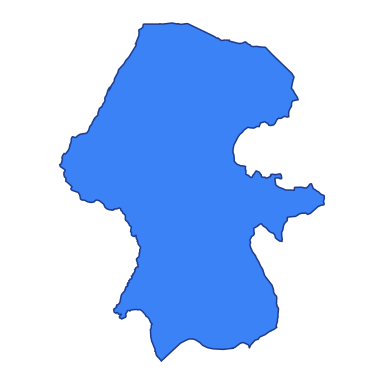 outline of Biharamulo, Geita, United Republic of Tanzania
{"feature_id": "72390352B49618457772181", "entity_name": "Biharamulo", "entity_type": "district", "adm_level": 2, "iso_a3": "TZA", "parent_name": "United Republic of Tanzania", "parent_adm1": "Geita", "projection": "mercator", "projection_center": [31.336, -2.772], "detail": "fine", "context": "isolated", "style": "filled", "palette": "blue", "viewbox_px": 384, "rotation_deg": 0, "n_neighbors": 0, "source": "geoboundaries", "source_scale": "gbopen_adm2", "svg_char_len": 5985}
<svg xmlns="http://www.w3.org/2000/svg" viewBox="0 0 384 384"><path d="M278.1,316.7L277.9,315.1L278.5,308.7L278.0,307.4L276.7,306.2L277.1,305.5L276.3,303.5L276.7,302.5L276.5,301.2L276.8,298.4L276.5,296.2L275.1,294.9L273.7,292.5L273.4,289.3L272.0,285.2L264.6,275.6L262.6,269.2L260.5,265.9L258.9,262.2L256.1,257.4L255.5,255.7L252.5,251.9L250.4,246.9L249.9,244.4L250.6,242.6L249.9,239.9L251.7,236.4L253.5,235.3L254.3,233.8L253.7,228.6L254.0,228.1L257.2,226.4L259.8,224.2L261.3,223.7L263.0,225.8L266.2,227.9L269.0,231.2L271.3,232.6L273.5,233.3L275.0,235.4L275.4,237.8L277.1,239.3L279.5,241.0L281.9,241.4L282.3,239.3L281.8,237.0L281.6,232.6L282.8,229.8L283.7,225.1L284.7,223.3L287.2,220.6L287.5,219.0L287.1,218.3L287.3,217.4L289.3,216.9L295.4,216.4L298.0,215.0L298.4,214.4L301.4,213.3L305.8,213.1L307.7,214.4L310.5,213.3L318.1,206.5L321.8,205.0L323.1,205.1L324.0,204.5L324.2,204.2L323.5,201.1L324.3,198.7L324.2,196.0L324.0,195.5L321.0,194.3L318.1,191.5L317.0,191.2L315.6,190.0L313.7,188.9L313.2,188.4L311.5,183.9L310.3,183.9L309.6,184.4L308.4,186.3L306.0,188.1L301.2,187.2L294.8,187.4L294.5,187.7L294.2,190.2L293.8,190.3L290.9,190.0L285.5,190.0L283.1,188.8L278.5,187.1L277.7,186.3L276.4,185.6L275.7,184.6L274.9,179.0L275.1,178.3L276.3,177.9L278.9,177.9L280.0,178.7L281.5,178.7L281.7,178.4L281.4,175.9L281.0,174.7L280.1,173.8L275.5,174.7L272.6,174.2L271.1,174.4L270.8,174.8L271.2,174.8L270.4,176.5L266.5,178.2L265.0,177.2L263.5,177.3L261.6,176.9L261.1,174.6L260.6,174.4L259.7,172.7L259.1,172.1L256.2,170.9L253.9,174.2L253.3,174.6L252.0,177.3L250.6,177.4L248.4,175.3L246.4,174.6L245.8,173.9L246.0,171.1L245.3,168.6L245.5,166.5L244.1,166.0L240.9,165.8L238.3,164.8L236.7,164.0L234.3,161.3L234.1,157.0L233.7,154.3L233.0,152.5L233.0,149.4L233.9,144.9L238.2,136.6L239.9,134.3L242.1,132.5L244.1,130.0L248.0,127.2L249.3,127.7L253.4,128.1L254.6,127.8L256.8,126.5L259.2,126.6L259.7,125.0L260.7,122.9L264.9,121.7L267.9,123.7L268.9,125.3L270.1,125.5L272.2,125.3L273.8,124.8L275.2,123.0L276.7,120.0L278.4,118.3L280.4,118.4L281.5,118.1L283.9,116.5L285.3,116.5L287.1,117.1L288.8,116.7L288.6,114.3L288.8,111.5L290.1,108.4L291.4,106.4L291.6,103.1L292.0,101.6L292.9,100.8L298.1,99.7L297.3,97.3L294.3,92.7L293.3,90.5L291.4,88.4L292.6,81.9L294.0,77.1L291.9,73.5L271.2,53.5L265.4,47.3L260.8,47.0L256.7,46.4L253.1,46.6L251.2,46.2L249.9,44.7L248.0,44.0L245.6,41.9L244.0,42.3L242.6,43.1L240.6,43.5L239.8,43.3L239.3,43.6L229.1,41.0L229.2,40.2L224.3,40.1L221.9,40.5L220.8,40.2L218.0,38.0L216.6,38.1L214.3,36.5L188.0,23.8L186.8,23.6L181.7,24.3L179.8,24.2L178.1,23.7L178.0,24.0L175.4,23.7L172.3,23.0L162.3,24.1L159.7,23.8L159.0,24.1L144.1,24.1L143.3,24.4L142.8,27.2L140.8,29.0L139.1,29.6L138.8,30.8L139.1,32.1L138.9,35.6L135.6,43.7L136.1,43.7L136.1,45.4L128.8,57.2L125.8,60.5L124.1,63.7L118.6,69.6L117.9,72.5L114.5,78.7L114.1,81.5L111.2,85.7L110.2,88.5L109.7,89.2L109.8,86.9L107.8,90.4L107.0,93.6L106.2,95.6L105.2,97.0L104.8,98.5L105.0,100.4L104.8,101.5L103.0,103.9L101.9,106.8L101.4,106.9L99.4,108.5L97.9,113.3L98.1,114.6L97.2,115.8L95.0,117.7L94.6,118.9L93.9,119.2L93.7,120.1L92.3,122.4L92.0,123.9L89.8,126.5L88.7,130.2L87.2,132.7L85.3,133.4L80.2,134.2L77.8,135.6L76.1,137.3L74.8,137.4L73.0,136.8L72.4,136.8L71.9,137.4L71.3,139.0L71.2,141.2L70.8,142.9L70.0,144.5L69.3,148.2L68.3,150.3L66.1,153.2L65.5,153.8L64.1,153.5L62.9,155.2L62.0,157.4L61.9,158.0L62.3,158.5L62.4,158.3L62.4,158.9L61.6,162.6L61.2,163.7L59.7,164.7L60.4,166.7L63.7,168.8L65.2,170.1L64.9,171.1L64.0,172.1L63.9,174.8L64.5,176.8L65.9,178.2L65.8,181.2L68.5,183.3L72.0,186.8L70.9,188.6L71.1,189.5L72.1,190.3L78.0,192.4L78.8,193.2L79.8,195.2L80.5,199.0L81.5,199.9L84.9,200.3L87.1,201.6L90.3,202.4L91.8,202.4L94.1,201.9L95.6,200.3L96.2,200.1L97.9,200.2L99.7,201.0L103.2,203.7L103.9,204.6L104.9,207.0L106.4,208.6L109.4,209.8L110.2,209.6L111.3,210.1L111.5,209.9L112.9,210.2L114.1,209.5L114.0,209.2L114.4,208.9L116.8,208.9L118.9,208.0L119.6,208.0L120.7,208.9L120.6,209.5L121.4,211.0L122.1,211.2L123.0,213.3L124.8,214.5L125.4,216.2L125.3,219.2L125.6,220.2L128.1,222.4L128.3,223.2L129.0,223.8L129.2,225.0L129.8,225.7L131.3,226.7L130.6,231.4L131.6,233.2L131.4,234.8L132.2,235.7L133.9,236.5L134.6,236.3L135.5,235.5L136.1,235.5L136.2,238.2L137.6,240.4L137.1,241.2L137.6,241.6L138.3,244.3L140.5,247.2L140.5,248.3L139.8,249.6L139.6,253.0L139.1,253.3L139.3,254.7L138.7,257.1L137.5,257.7L137.2,258.6L136.6,258.8L136.4,259.6L137.0,261.5L137.5,262.4L137.4,263.7L137.9,264.7L138.1,266.8L137.4,266.8L135.7,267.9L135.1,269.3L134.7,269.5L135.1,270.9L134.7,271.5L134.5,272.5L132.9,274.0L133.2,274.3L133.1,274.7L131.9,276.0L131.5,276.0L131.5,276.7L132.1,277.5L131.7,278.5L131.3,278.9L130.3,279.1L130.4,279.3L128.8,280.7L129.2,282.0L128.2,283.4L127.8,283.0L127.7,283.2L127.3,284.4L127.9,285.3L127.3,285.8L127.4,286.5L126.2,286.7L125.7,287.4L125.4,289.5L125.1,289.4L124.8,290.9L122.4,293.4L121.3,295.1L119.9,302.4L118.4,304.4L116.7,305.0L116.2,307.1L116.4,307.1L115.9,307.8L113.9,309.0L113.8,310.2L114.2,312.2L116.0,313.3L116.1,312.9L116.6,312.6L117.4,312.6L118.0,313.0L118.4,314.2L121.1,314.2L121.0,314.7L120.1,315.5L119.4,316.6L119.5,317.4L119.7,317.9L120.7,318.1L121.4,318.9L122.0,318.8L125.5,317.2L126.1,316.1L125.7,313.8L126.9,312.1L127.4,310.7L128.1,310.4L129.9,311.0L130.8,310.0L136.3,309.4L138.0,309.9L139.3,309.6L140.3,309.8L142.0,310.9L145.2,314.4L146.2,316.4L147.4,316.8L149.1,318.8L150.7,322.4L151.4,322.9L152.0,324.1L151.5,324.2L151.0,328.8L150.4,329.4L150.8,336.7L151.7,341.1L154.9,349.0L155.2,349.6L154.9,351.2L155.5,351.6L156.3,354.9L156.9,356.0L160.3,359.6L161.3,361.0L180.4,343.2L186.3,340.1L189.3,339.0L192.4,339.0L194.9,339.5L199.7,342.4L202.8,345.4L207.4,347.6L212.7,348.8L223.1,349.4L232.8,348.3L232.5,348.0L235.0,347.3L239.7,343.7L242.1,342.6L244.0,342.8L248.1,344.7L248.9,345.8L249.1,347.4L249.5,347.7L250.6,345.1L255.0,340.3L258.2,339.2L259.7,337.0L265.0,334.7L269.2,331.6L271.6,330.6L272.0,330.1L273.6,329.6L276.7,327.3L276.2,326.2L276.4,324.6L277.3,321.8L277.5,320.7L277.3,320.2L278.1,316.7Z" fill="#3b82f6" stroke="#1e3a8a" stroke-width="1.5"/></svg>